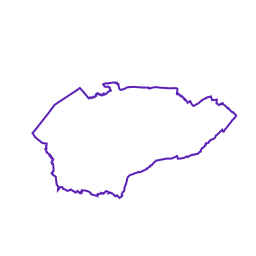 the district of Nakhon Chai Si, Nakhon Pathom, Thailand, rotated 232°
{"feature_id": "78962969B40906880836111", "entity_name": "Nakhon Chai Si", "entity_type": "district", "adm_level": 2, "iso_a3": "THA", "parent_name": "Thailand", "parent_adm1": "Nakhon Pathom", "projection": "robinson", "projection_center": [100.173, 13.814], "detail": "fine", "context": "isolated", "style": "outline", "palette": "violet", "viewbox_px": 256, "rotation_deg": 232, "n_neighbors": 0, "source": "geoboundaries", "source_scale": "gbopen_adm2", "svg_char_len": 5595}
<svg xmlns="http://www.w3.org/2000/svg" viewBox="0 0 256 256"><g transform="rotate(232 128 128)"><path d="M122.2,34.6L122.3,35.2L122.7,36.6L122.7,37.0L122.9,37.6L123.1,38.0L123.0,38.4L122.8,38.9L121.7,39.9L120.9,39.7L120.2,39.4L119.8,39.3L119.3,40.0L118.5,40.5L117.7,40.9L117.1,40.9L116.1,41.3L115.7,41.8L115.1,42.7L114.9,44.1L114.9,45.0L114.6,45.2L114.3,45.2L113.8,45.3L112.6,45.9L112.4,45.8L112.0,46.0L111.5,46.4L111.1,46.4L110.9,46.6L109.5,46.8L109.5,47.7L109.3,47.8L109.4,49.6L107.3,49.6L107.3,50.1L106.8,50.7L105.9,50.2L105.6,50.5L105.4,51.4L106.4,51.7L106.4,51.9L106.1,52.3L106.1,52.5L106.5,52.7L107.2,52.8L107.4,53.2L106.9,53.7L106.4,54.4L104.6,56.2L102.2,57.8L101.4,58.2L99.6,58.6L99.3,58.5L98.9,58.1L98.4,58.2L97.0,59.2L95.7,60.0L95.3,60.5L94.2,61.3L93.6,61.9L93.1,62.1L93.3,62.3L94.3,62.8L94.5,63.1L94.6,63.4L93.9,63.9L93.8,64.0L93.8,65.0L93.6,65.6L93.4,65.9L93.1,66.0L93.1,66.3L93.5,66.9L93.3,67.0L91.8,67.6L91.3,68.1L91.4,68.3L91.8,68.8L91.4,69.9L91.7,70.6L91.8,71.3L91.9,71.8L90.4,72.6L89.6,73.3L89.1,72.9L88.6,72.3L87.6,74.7L87.4,74.8L87.0,74.6L86.8,74.6L86.4,75.2L86.2,75.3L84.3,75.7L82.7,75.8L82.3,76.6L81.5,76.7L81.7,77.8L81.6,78.0L78.2,78.2L78.2,78.5L78.0,79.1L78.0,80.4L78.2,81.9L79.0,81.8L79.3,81.9L79.6,82.2L80.5,83.9L80.7,84.6L80.7,86.0L81.0,86.6L81.9,87.5L82.8,88.1L83.0,88.3L83.9,89.7L84.7,91.2L86.0,93.1L86.8,94.2L88.3,95.8L88.8,96.6L89.6,98.0L89.7,100.0L89.3,101.6L89.0,102.7L88.5,103.5L88.2,105.4L87.8,106.3L87.7,106.7L87.6,106.8L87.2,107.7L87.0,109.1L86.9,109.3L85.9,109.9L85.2,112.5L84.6,115.3L84.6,115.6L84.3,116.4L84.4,117.3L84.0,117.8L84.5,118.4L84.2,119.3L84.2,120.4L84.0,121.2L84.1,121.7L84.7,122.4L84.6,122.6L84.1,123.2L84.9,128.2L85.0,130.4L84.2,131.3L83.7,132.6L82.5,134.9L81.1,137.6L80.8,138.4L79.8,139.9L79.6,140.6L78.7,141.3L77.8,142.3L77.5,143.1L77.0,143.8L76.7,144.8L76.5,145.5L76.2,146.5L76.2,147.0L76.0,147.5L75.9,148.1L75.9,149.3L75.6,149.4L73.1,148.4L71.8,150.3L70.0,153.7L69.2,157.3L68.5,157.3L68.3,157.3L67.8,160.6L67.3,162.4L67.2,162.7L66.3,163.2L66.3,163.6L66.0,164.4L65.7,165.6L65.4,166.0L65.1,166.3L64.6,167.4L64.8,167.6L64.8,168.7L65.1,169.5L64.7,170.4L64.6,170.7L64.7,171.0L65.0,171.2L65.9,171.9L66.1,173.0L66.5,173.7L66.3,175.2L66.5,178.2L67.2,178.6L67.3,178.8L67.2,179.5L67.4,179.6L67.8,179.6L67.9,180.0L67.6,180.6L67.4,181.2L66.8,182.3L66.9,182.7L67.1,183.6L67.5,183.7L67.7,185.7L67.6,186.1L67.2,187.7L66.8,188.1L66.8,188.4L66.9,190.8L68.0,192.7L67.8,194.0L68.6,201.1L68.0,200.9L66.9,200.6L66.6,200.7L66.2,201.3L66.5,201.8L66.7,202.3L67.2,203.9L67.3,205.0L67.7,206.4L68.1,208.2L68.5,209.2L69.2,212.6L70.0,215.3L70.1,216.5L70.1,217.3L70.3,218.0L70.4,219.1L71.4,221.4L71.4,221.1L72.7,221.0L72.9,220.8L75.9,220.4L75.9,220.0L77.3,219.6L79.1,219.4L82.2,219.2L82.1,218.7L83.8,218.6L87.9,217.8L89.1,217.9L89.0,216.6L89.8,216.7L89.8,216.0L90.1,213.7L91.2,213.5L92.3,213.3L92.7,213.2L92.9,212.9L93.7,213.4L93.9,213.7L95.6,215.5L97.8,212.0L98.1,211.4L99.0,211.9L100.7,212.3L101.8,212.8L102.1,212.0L102.4,211.1L103.1,209.7L103.5,209.2L103.4,208.7L103.5,208.3L103.3,207.8L103.6,207.4L103.8,206.6L103.9,205.8L104.2,205.2L104.2,204.9L104.3,204.5L104.2,203.9L104.1,203.1L104.3,202.9L104.4,202.6L104.1,198.8L104.5,196.4L104.6,196.2L104.6,195.4L105.0,193.2L106.2,192.9L107.3,192.9L111.0,193.5L111.1,190.5L114.1,190.8L114.9,190.8L115.1,190.0L116.4,190.1L116.5,190.5L119.2,190.2L119.1,189.8L121.2,189.6L121.2,188.9L123.8,188.9L123.8,188.3L124.5,188.2L124.4,187.4L124.7,187.3L127.2,190.1L128.4,191.0L128.7,191.0L129.0,190.9L129.9,190.3L130.2,189.9L132.3,187.1L134.8,183.8L136.3,182.5L137.0,181.5L140.8,177.3L142.6,175.6L143.5,174.5L144.0,173.7L145.1,171.3L145.6,169.7L146.5,169.4L146.6,168.8L147.2,169.0L151.6,163.6L157.0,157.7L159.7,153.8L160.1,153.1L160.9,151.1L160.9,150.8L160.8,150.0L161.1,149.3L162.0,146.5L162.2,146.1L162.7,145.7L163.0,145.5L163.5,145.3L164.0,145.4L164.8,145.5L166.1,146.0L168.6,147.5L169.2,146.6L170.4,147.1L171.2,145.8L171.7,146.0L173.1,144.2L175.0,140.5L175.5,140.1L175.5,139.3L176.9,138.2L177.8,135.5L177.8,135.4L177.3,135.3L175.0,135.1L174.6,135.6L173.7,136.3L173.4,136.8L172.8,137.9L172.1,138.0L171.7,138.2L171.4,138.1L171.0,138.6L170.5,138.2L169.9,137.7L168.0,137.6L168.5,135.6L168.7,134.5L168.5,132.8L168.4,131.0L168.5,130.5L169.1,130.5L170.1,130.3L169.8,128.8L169.4,128.7L169.5,127.7L170.4,127.8L170.8,127.8L171.1,126.3L172.1,126.1L172.3,126.3L173.1,126.1L173.1,125.3L174.3,125.1L174.2,123.1L172.9,122.8L173.0,120.0L173.1,119.9L174.0,119.9L173.9,118.5L174.2,118.3L174.1,117.6L175.3,117.3L175.3,116.8L175.4,116.6L175.3,116.0L175.4,115.4L177.9,115.2L181.0,115.2L182.7,115.0L183.8,115.1L187.3,114.8L188.3,114.8L189.2,114.7L189.4,109.1L191.0,90.3L191.4,84.6L191.3,84.1L190.0,79.3L189.8,78.4L188.9,75.4L185.7,62.3L183.8,54.8L182.8,49.6L179.6,49.4L178.4,49.3L178.1,49.1L175.6,49.7L173.4,50.1L171.7,50.7L170.3,50.8L169.1,51.3L168.8,51.5L167.9,52.3L167.1,52.8L166.6,53.6L166.0,54.2L165.8,54.3L165.3,53.7L164.4,53.1L164.2,52.5L163.7,52.2L163.7,51.7L162.2,51.3L161.8,51.0L161.7,50.5L162.1,49.8L161.1,49.7L160.5,49.6L160.1,49.4L158.9,49.3L158.8,48.9L156.8,49.4L155.1,50.0L154.9,49.4L154.4,49.0L153.8,49.5L153.6,49.9L152.6,50.0L152.2,49.3L151.5,49.7L151.4,49.1L150.2,49.3L149.4,49.8L148.7,49.0L148.7,48.6L148.9,48.4L148.8,47.9L148.3,47.1L148.1,46.6L147.8,46.5L147.7,46.7L146.7,46.2L146.4,46.9L145.1,46.4L140.4,43.4L140.2,42.7L139.8,42.5L139.7,42.4L139.8,42.0L139.9,41.9L139.5,41.3L139.6,40.7L139.4,39.9L138.3,40.2L138.0,39.9L137.6,39.9L136.9,40.1L135.9,40.5L134.1,41.0L128.2,37.5L127.7,37.3L127.1,36.9L126.2,36.8L125.3,37.0L124.1,36.9L123.8,36.8L123.7,36.7L123.6,35.9L122.2,34.6Z" fill="none" stroke="#5b21b6" stroke-width="2"/></g></svg>